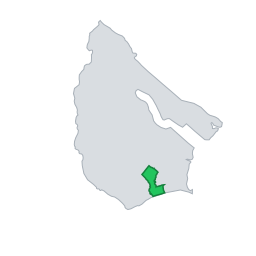 Kebemer, Louga, Senegal shown in context, rotated 221°
{"feature_id": "50182788B60047071387499", "entity_name": "Kebemer", "entity_type": "district", "adm_level": 2, "iso_a3": "SEN", "parent_name": "Senegal", "parent_adm1": "Louga", "projection": "albers", "projection_center": [-16.284, 15.311], "detail": "fine", "context": "in_parent", "style": "filled", "palette": "green", "viewbox_px": 256, "rotation_deg": 221, "n_neighbors": 0, "source": "geoboundaries", "source_scale": "gbopen_adm2", "svg_char_len": 6470}
<svg xmlns="http://www.w3.org/2000/svg" viewBox="0 0 256 256"><g transform="rotate(221 128 128)"><path d="M191.6,118.0L194.4,122.8L193.9,125.2L193.3,128.6L194.9,131.1L196.8,132.7L198.1,134.2L199.6,136.2L200.0,140.3L199.8,143.3L200.7,144.6L201.6,146.3L201.4,147.7L200.9,149.0L199.2,150.7L199.0,153.8L201.9,157.4L203.8,159.4L203.8,160.6L204.4,161.9L205.8,163.3L206.6,162.9L207.5,161.7L207.9,160.9L210.4,161.2L211.6,161.5L213.2,163.9L213.8,165.6L214.3,167.6L216.0,170.1L217.5,171.9L217.8,173.0L219.1,174.4L218.4,177.8L218.5,179.5L217.8,184.1L217.6,186.2L217.7,187.0L219.7,188.6L219.5,190.9L217.5,190.5L214.0,190.3L207.0,191.6L204.6,191.2L200.0,191.5L196.8,192.2L192.6,193.7L189.4,193.4L187.7,192.3L185.4,192.4L182.8,191.8L180.0,190.7L177.5,190.2L174.7,188.2L173.4,187.8L172.5,188.4L171.8,189.1L171.0,189.5L169.6,189.2L169.0,187.8L169.4,186.4L169.5,185.4L168.8,184.8L167.2,184.6L164.5,184.7L160.2,184.3L159.2,184.1L149.5,183.8L139.5,183.9L131.0,183.9L120.3,184.0L112.8,184.0L105.8,184.0L100.3,186.8L94.5,189.8L86.6,191.5L77.5,190.9L74.6,191.3L71.5,192.7L69.3,193.6L66.2,194.2L62.1,193.7L60.5,194.0L59.5,192.6L58.3,190.4L59.1,188.8L61.5,187.7L65.3,186.4L67.2,187.1L68.3,187.1L68.5,186.2L68.2,185.8L65.4,184.6L63.9,183.0L62.7,183.9L61.7,185.9L60.8,186.4L59.6,187.0L58.8,185.6L58.5,184.4L59.1,183.4L58.8,177.9L59.2,174.9L59.0,172.3L60.8,170.7L62.4,169.6L68.9,169.5L74.9,169.4L80.8,169.5L86.7,169.5L87.3,164.4L89.1,164.0L91.9,163.4L97.1,162.8L103.0,162.2L104.2,161.1L105.2,159.4L105.8,157.9L107.0,157.2L108.6,157.7L110.7,158.5L112.9,159.8L115.5,160.9L117.2,161.6L121.2,163.4L128.2,165.9L133.9,166.8L140.8,164.9L145.8,163.7L146.4,161.5L145.6,159.3L141.8,157.4L136.8,157.6L135.3,158.2L132.9,158.9L131.5,159.1L129.1,158.7L126.1,157.0L124.2,155.3L121.5,154.5L118.4,153.7L113.3,150.2L110.7,149.6L108.2,149.4L103.4,150.1L98.7,152.1L96.3,156.4L91.6,156.3L81.7,156.2L72.6,156.1L65.0,156.4L64.3,153.3L62.5,150.8L59.6,148.6L59.0,146.7L59.9,144.9L62.7,143.5L63.4,142.5L61.9,142.7L59.7,143.6L58.2,143.6L58.1,140.9L55.6,137.4L52.9,131.4L49.8,129.0L47.1,124.1L44.4,122.3L41.9,121.4L39.8,121.6L39.0,123.8L36.3,120.6L40.0,119.5L47.8,115.6L56.8,104.2L64.9,90.8L65.9,87.6L66.9,85.2L67.5,79.7L68.7,76.4L69.8,75.8L71.1,73.3L72.8,68.9L74.6,66.4L76.7,65.9L78.3,66.2L79.4,67.1L82.8,67.6L88.4,67.8L92.7,67.2L95.8,65.6L99.8,64.8L104.7,64.8L107.3,64.1L107.6,62.9L108.2,62.5L109.3,63.0L110.2,62.8L111.2,61.9L112.1,61.8L113.0,62.6L117.1,62.8L124.5,62.4L131.4,64.7L137.7,69.5L141.0,72.8L141.2,74.4L142.3,76.1L144.2,77.7L145.9,78.0L147.5,77.0L148.7,77.1L149.6,78.3L151.4,78.6L153.4,77.8L154.8,78.0L155.1,78.8L155.4,79.2L156.4,79.3L157.7,80.3L159.6,82.9L161.1,86.5L162.3,91.2L163.9,93.7L165.8,94.1L166.9,95.1L167.1,96.2L167.7,96.9L168.6,97.3L170.2,97.1L172.0,98.6L174.1,102.0L174.5,103.6L174.2,104.4L174.3,105.0L175.6,105.6L176.9,106.7L178.0,108.4L180.2,109.8L183.7,111.1L186.2,113.0L187.7,115.6L190.9,117.7L191.6,118.0Z" fill="#d9dde1" stroke="#a8b0b8" stroke-width="1"/><path d="M78.9,114.5L79.1,114.4L79.4,114.4L79.6,114.4L80.5,114.4L80.9,114.5L81.3,114.5L81.5,114.5L81.8,114.6L81.8,114.4L81.9,114.2L82.0,114.1L82.3,114.1L82.5,114.1L82.9,114.0L83.0,114.0L83.3,114.0L83.5,114.0L83.6,113.9L83.8,113.9L84.0,113.9L84.3,113.8L84.5,113.7L84.8,113.4L85.3,113.3L85.7,113.3L86.2,113.3L86.6,113.3L87.1,113.3L87.4,113.3L87.4,113.0L87.4,112.7L87.4,112.4L87.4,111.9L87.4,111.5L87.3,110.9L87.3,110.3L87.3,109.8L87.3,109.6L87.3,109.2L87.2,108.7L87.2,108.4L87.2,107.9L87.2,107.4L87.2,107.1L87.1,106.6L87.1,106.1L87.1,105.8L87.1,105.7L87.0,105.3L87.0,104.9L87.0,104.6L87.0,104.2L87.0,103.9L87.0,103.3L87.0,103.2L87.0,102.8L87.0,102.5L87.0,102.1L86.6,102.0L86.1,102.0L85.7,102.0L85.2,101.9L84.8,101.9L84.3,101.8L83.9,101.8L83.4,101.8L83.0,101.7L82.5,101.7L82.4,101.7L81.7,101.6L81.4,101.4L81.1,101.3L80.6,101.2L80.2,101.2L79.7,101.2L79.4,101.2L79.2,101.2L78.9,101.2L78.7,101.2L78.4,101.1L78.2,101.1L77.9,100.9L77.5,100.7L77.2,100.5L77.0,100.4L76.7,100.4L76.2,100.4L75.9,100.4L75.6,100.3L75.5,100.2L75.0,100.1L74.4,99.7L74.2,99.6L73.7,99.4L73.6,99.2L73.4,99.1L73.4,98.7L73.3,98.4L73.2,98.4L72.9,98.3L72.7,98.3L72.4,98.1L72.3,97.9L72.2,97.9L72.1,97.5L72.1,97.4L72.1,96.9L72.1,96.5L72.0,96.3L71.9,96.3L71.7,96.1L71.6,95.5L71.6,95.2L71.4,95.0L71.3,94.8L71.1,94.6L70.9,94.4L70.6,94.3L70.5,94.2L70.3,94.2L70.0,94.2L69.9,94.2L69.7,94.2L69.4,94.0L69.2,93.9L69.1,93.7L68.7,93.3L68.4,93.0L68.2,92.9L67.9,92.8L67.7,92.8L67.7,93.0L67.7,93.3L67.7,93.5L67.3,93.6L67.1,93.5L66.8,93.4L66.5,93.4L66.2,93.3L65.7,93.2L65.0,93.0L64.2,92.8L64.1,93.0L63.9,93.5L63.7,93.7L63.6,94.0L63.4,94.3L63.1,94.7L63.0,94.9L62.8,95.2L62.7,95.3L62.6,95.5L62.4,95.8L62.3,96.0L62.2,96.2L62.0,96.4L61.9,96.6L61.8,96.8L61.6,97.1L61.3,97.5L61.1,97.8L60.9,98.1L60.8,98.3L60.6,98.5L60.3,98.9L60.2,99.1L60.1,99.3L60.0,99.5L59.8,99.7L59.7,99.9L59.6,100.1L59.5,100.3L59.3,100.5L59.2,100.7L59.1,101.0L58.9,101.3L58.7,101.6L58.6,101.9L58.4,102.1L58.3,102.4L58.1,102.7L58.0,102.9L57.8,103.2L58.3,103.4L58.7,103.6L59.2,103.8L59.7,104.0L59.8,104.1L60.2,104.2L60.5,104.3L60.7,104.5L60.8,104.7L60.9,104.8L61.1,104.9L61.3,105.0L61.9,105.7L62.0,105.7L62.2,105.8L62.4,106.1L62.8,106.3L63.1,106.8L63.4,107.0L63.5,107.3L63.6,107.6L63.6,107.9L63.6,108.1L63.5,108.8L63.7,108.6L63.9,108.4L64.0,108.2L64.3,107.9L64.5,107.7L64.8,107.3L65.0,107.1L65.1,106.8L65.2,106.5L65.5,106.0L65.6,105.6L65.8,105.3L66.0,105.1L66.1,104.9L66.2,105.0L66.4,104.9L66.5,104.8L66.5,104.7L66.4,104.4L66.5,104.3L66.6,104.2L66.8,103.9L67.0,103.6L67.2,103.4L67.3,103.2L67.5,103.0L67.9,102.6L68.0,102.5L68.1,102.4L68.3,102.3L68.3,102.2L68.4,102.3L68.5,102.3L68.7,102.6L68.9,102.7L69.0,102.8L69.2,103.1L69.4,103.2L69.7,103.2L69.9,103.2L70.6,103.2L71.0,103.2L71.3,103.4L71.4,103.5L71.5,103.7L71.7,103.9L71.7,104.1L71.8,104.2L71.7,104.4L71.6,104.6L71.5,104.9L71.6,105.0L71.8,105.3L72.1,105.5L72.3,105.6L72.5,105.5L72.5,105.4L72.5,105.1L72.6,104.9L72.9,104.8L73.0,104.9L73.3,105.1L73.5,105.2L73.6,105.4L73.7,105.6L73.7,105.8L73.8,106.0L73.7,106.1L73.7,106.3L73.7,106.6L73.7,106.8L73.7,107.0L73.8,107.1L73.8,107.3L74.0,107.6L74.2,107.8L74.3,107.9L74.4,108.0L74.5,108.2L74.5,108.4L74.6,108.5L74.6,108.8L74.6,109.0L74.6,109.3L74.8,109.5L75.1,109.7L75.4,109.9L75.5,110.0L75.8,110.3L75.9,110.6L75.9,111.0L75.9,111.3L75.8,111.6L75.9,111.8L76.0,112.0L76.1,112.3L76.1,112.5L76.3,112.7L76.3,112.9L76.3,113.0L76.4,113.7L76.5,113.9L76.4,114.0L76.4,114.3L76.6,114.3L76.9,114.3L77.0,114.3L77.6,114.4L77.9,114.4L78.0,114.4L78.2,114.5L78.4,114.5L78.7,114.5L78.9,114.5Z" fill="#22c55e" stroke="#15803d" stroke-width="1.5"/></g></svg>